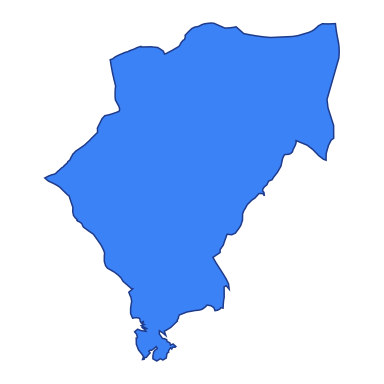 Cornea, Caras-Severin, Romania (Robinson projection)
{"feature_id": "2599482B15009159935229", "entity_name": "Cornea", "entity_type": "district", "adm_level": 2, "iso_a3": "ROU", "parent_name": "Romania", "parent_adm1": "Caras-Severin", "projection": "robinson", "projection_center": [22.32, 45.012], "detail": "fine", "context": "isolated", "style": "filled", "palette": "blue", "viewbox_px": 384, "rotation_deg": 0, "n_neighbors": 0, "source": "geoboundaries", "source_scale": "gbopen_adm2", "svg_char_len": 4288}
<svg xmlns="http://www.w3.org/2000/svg" viewBox="0 0 384 384"><path d="M223.1,308.1L223.1,307.2L223.3,303.9L223.6,300.5L224.2,297.2L224.1,286.9L225.2,286.3L226.2,285.7L229.2,289.2L228.7,285.3L228.5,283.8L226.3,279.2L223.3,274.2L217.0,264.3L215.7,262.3L212.9,257.3L213.2,257.2L220.1,252.5L220.1,249.7L222.2,246.6L223.2,245.3L224.5,241.4L227.1,234.2L229.5,234.5L231.8,234.7L235.4,233.1L238.9,228.4L240.8,225.4L242.5,220.1L242.6,213.9L243.9,210.5L245.2,208.5L247.3,204.6L251.9,200.1L255.0,198.0L258.9,193.6L260.2,193.5L262.9,193.6L264.4,195.8L263.9,192.3L263.2,191.6L262.6,190.9L263.0,188.7L264.6,186.6L266.8,184.9L268.5,181.3L270.1,180.5L272.1,179.7L273.3,177.6L277.3,172.5L280.9,166.3L282.6,158.5L284.4,154.7L285.9,154.5L287.2,154.4L288.6,154.3L290.0,153.8L291.4,152.9L292.5,151.8L292.9,150.0L295.4,145.0L296.1,142.5L296.1,140.6L307.2,145.2L313.0,149.7L318.8,155.7L323.5,159.3L326.1,160.2L326.1,155.8L326.1,154.8L326.6,151.9L327.4,149.2L327.7,148.2L328.5,145.3L329.8,142.8L331.1,140.2L332.4,139.2L333.7,138.2L333.6,125.4L328.0,107.9L327.0,99.5L338.8,58.2L338.9,57.5L339.1,54.5L339.2,51.5L339.1,48.5L338.9,45.5L338.4,42.1L337.4,37.1L336.5,32.1L335.9,27.8L335.4,23.6L332.1,23.8L328.9,23.9L325.7,23.9L322.4,23.7L318.3,25.9L316.8,27.4L315.3,28.7L313.6,30.0L311.8,31.1L308.9,32.4L297.7,35.7L292.5,36.5L270.6,37.5L263.8,36.9L257.1,36.0L250.4,34.9L243.8,33.6L236.1,26.8L233.8,27.3L231.4,27.6L229.0,27.9L226.6,28.0L224.7,28.0L214.0,23.3L210.9,23.0L204.9,23.7L202.5,24.4L200.4,25.4L198.9,26.3L194.5,27.2L191.7,28.6L191.1,29.2L188.0,32.2L185.1,35.3L185.3,36.6L184.6,39.4L183.1,40.3L181.1,42.6L180.0,44.8L179.0,46.3L178.1,46.9L171.7,50.6L166.4,53.4L164.5,54.0L164.4,53.7L163.3,51.1L160.3,49.1L157.7,47.5L150.9,46.8L141.3,47.0L141.0,46.4L137.1,47.6L136.4,47.9L134.8,48.8L129.6,50.7L127.9,51.7L125.4,52.3L123.6,53.0L121.1,54.1L118.7,55.1L116.5,56.2L115.3,56.9L114.2,57.6L113.5,58.2L112.9,58.8L110.2,59.7L111.3,66.4L112.5,72.9L114.0,79.5L115.6,86.0L115.2,89.5L115.1,93.0L115.1,96.5L115.4,100.0L119.1,106.8L119.7,109.6L118.9,111.4L115.5,112.7L112.0,113.9L108.5,114.9L104.8,115.7L102.1,118.6L97.3,128.3L97.5,128.9L97.5,130.9L97.5,132.5L96.1,133.8L91.2,138.6L89.5,140.5L84.4,145.2L78.6,149.2L75.5,151.3L74.0,153.1L72.7,154.2L72.1,155.7L71.0,157.4L70.0,159.8L67.8,161.7L67.3,162.9L65.2,164.8L64.4,165.4L63.3,166.9L61.6,167.9L59.4,170.0L59.0,170.4L57.4,171.6L56.6,172.7L54.4,174.2L53.1,174.5L51.9,174.7L48.9,175.9L45.7,177.5L44.8,178.0L48.4,181.1L51.3,182.4L54.2,183.8L56.9,185.3L59.6,187.0L67.5,194.8L69.0,195.8L71.3,202.7L72.9,207.4L72.8,209.4L72.7,211.4L73.5,215.4L75.3,217.9L77.2,219.6L76.9,220.4L78.0,221.3L79.4,221.8L81.7,223.5L82.1,224.3L83.3,227.0L84.3,227.7L88.3,230.7L93.4,234.2L98.8,241.8L100.4,244.1L101.8,246.4L102.2,247.3L103.6,250.1L104.3,252.1L104.6,253.2L104.3,255.9L104.3,261.4L105.6,265.7L107.5,268.2L114.8,272.4L118.6,275.4L121.0,277.9L123.1,281.4L127.2,284.9L131.0,288.3L132.7,288.8L131.9,289.5L131.1,290.2L128.8,292.2L129.1,293.0L129.4,293.7L129.6,294.4L130.2,295.9L130.9,297.1L131.7,301.3L131.3,303.5L130.6,308.1L130.6,310.5L130.6,311.1L130.6,313.6L132.6,318.2L136.0,317.6L138.6,318.0L139.7,318.5L140.3,321.4L141.1,322.8L143.9,321.1L142.2,323.7L144.2,324.5L141.3,325.7L146.8,328.6L146.5,328.8L141.5,327.0L144.6,329.5L145.9,331.3L141.0,330.6L137.7,329.2L136.1,330.5L134.6,331.8L136.6,334.2L137.4,337.2L136.7,338.3L136.2,338.2L136.3,342.3L136.3,344.1L138.5,349.9L141.8,354.0L143.5,356.6L142.5,359.5L144.1,359.3L144.6,357.6L146.3,357.4L147.9,355.4L150.1,352.9L148.8,351.3L149.9,350.3L151.5,350.3L153.5,348.9L155.5,347.3L156.2,346.6L157.3,348.6L154.7,350.4L153.5,352.4L153.3,354.1L153.1,355.0L152.9,355.9L152.9,358.8L156.8,361.0L160.4,358.7L162.9,360.0L166.3,358.0L166.8,354.3L167.4,352.9L168.6,352.3L168.5,350.8L169.7,349.0L170.6,347.8L171.5,348.5L171.8,348.9L172.5,347.3L175.2,347.2L175.9,346.5L173.1,344.0L170.5,345.0L169.8,342.8L167.0,341.4L166.7,339.6L164.9,339.1L164.8,338.6L162.6,338.6L159.3,333.9L159.4,330.7L162.7,332.9L165.8,335.5L164.3,331.2L166.8,329.9L170.9,327.3L177.4,321.0L177.2,320.1L178.5,318.0L178.5,316.4L179.5,314.9L187.0,312.0L195.2,310.5L198.4,310.2L201.9,309.4L204.9,307.3L207.2,305.0L209.3,305.5L210.7,305.6L213.8,307.6L215.0,310.7L217.7,310.2L218.1,309.9L219.7,309.2L220.9,307.7L221.8,307.9L223.1,308.1Z" fill="#3b82f6" stroke="#1e3a8a" stroke-width="1.5"/></svg>